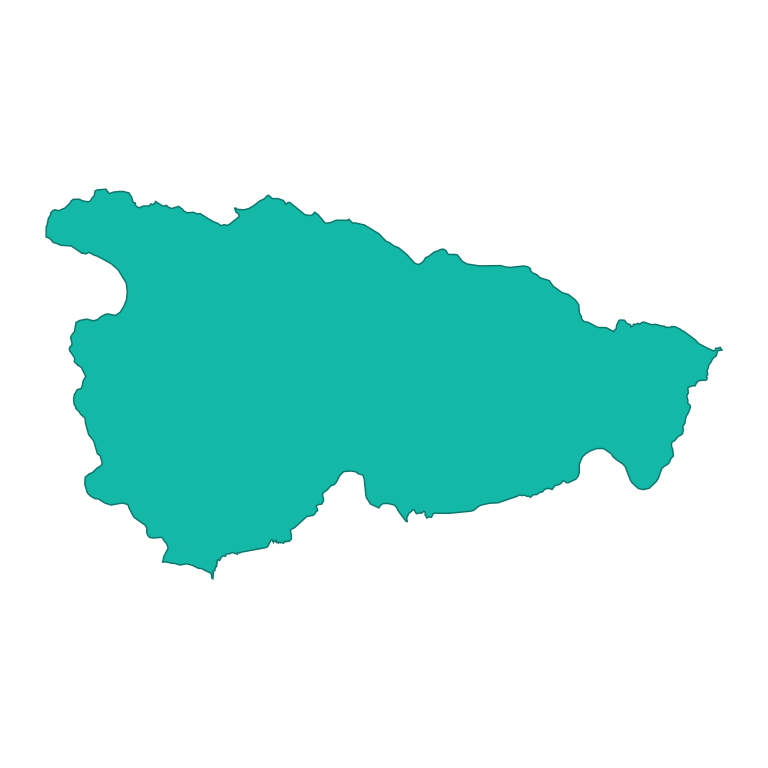 outline of Longcheng, Vientiane, Laos
{"feature_id": "54806243B40000805936315", "entity_name": "Longcheng", "entity_type": "district", "adm_level": 2, "iso_a3": "LAO", "parent_name": "Laos", "parent_adm1": "Vientiane", "projection": "orthographic", "projection_center": [102.87, 19.084], "detail": "fine", "context": "isolated", "style": "filled", "palette": "teal", "viewbox_px": 768, "rotation_deg": 0, "n_neighbors": 0, "source": "geoboundaries", "source_scale": "gbopen_adm2", "svg_char_len": 6055}
<svg xmlns="http://www.w3.org/2000/svg" viewBox="0 0 768 768"><path d="M720.2,347.3L717.3,348.4L715.6,348.3L715.2,350.2L714.5,350.9L712.9,350.6L706.8,347.9L698.5,343.5L695.6,340.2L686.5,333.3L683.2,331.0L681.8,330.6L680.5,329.3L675.2,326.8L671.9,326.5L668.8,327.6L666.8,327.1L665.7,327.5L664.1,326.0L662.1,326.1L655.5,324.3L651.4,324.7L644.0,322.1L642.0,322.4L639.7,324.3L638.0,323.3L636.3,324.3L633.4,324.3L632.9,326.1L630.8,326.8L630.7,325.1L629.4,324.2L627.1,323.7L624.4,320.2L620.1,320.0L618.9,320.5L616.6,325.4L616.2,328.9L614.6,330.0L613.8,331.6L606.3,327.7L597.7,327.4L587.9,322.2L584.8,321.9L582.2,319.8L581.2,317.7L581.6,316.8L579.8,313.8L579.2,311.1L578.8,304.9L575.5,300.1L568.4,294.5L562.2,292.7L553.1,286.2L549.4,280.7L541.0,278.1L539.0,276.9L536.7,274.6L533.1,273.2L530.5,270.9L530.7,269.7L529.6,267.8L526.8,266.5L523.4,266.0L510.8,267.4L506.2,267.1L500.6,265.6L479.1,265.9L467.0,264.0L462.3,261.3L457.3,254.9L455.7,254.5L448.9,254.5L447.8,253.8L446.0,250.6L443.4,249.1L440.4,249.5L438.4,250.7L434.3,252.0L428.2,256.7L425.6,257.6L424.0,260.5L421.6,262.9L419.3,264.3L416.9,264.2L414.3,262.9L407.0,254.7L398.8,247.9L393.9,245.9L389.3,242.6L386.0,241.2L379.2,234.0L364.5,225.0L355.4,222.9L352.9,223.1L349.7,220.3L349.3,219.3L346.9,220.3L336.3,220.2L330.3,222.7L325.3,223.2L318.0,214.6L314.7,212.2L312.8,214.5L310.7,215.5L305.0,214.8L289.7,202.3L287.8,202.7L286.3,204.2L285.6,204.1L285.1,202.6L283.1,200.4L277.9,198.6L272.4,198.6L268.6,195.3L266.6,196.2L264.7,198.6L259.5,201.1L254.1,205.4L249.2,208.4L244.1,209.8L237.5,209.4L235.6,208.0L234.6,208.3L236.2,212.4L238.2,213.6L239.0,214.8L239.0,216.8L228.7,224.9L226.3,225.3L224.2,224.6L221.0,225.7L217.8,223.4L213.4,221.7L208.5,218.9L200.2,213.6L196.8,213.8L193.5,212.3L187.0,212.8L183.3,210.6L182.7,209.3L178.6,206.4L171.7,208.5L168.5,207.3L166.3,205.3L164.1,206.2L162.9,206.1L155.5,201.5L154.6,203.4L153.1,204.5L150.6,204.0L149.5,205.9L143.5,206.0L139.1,207.8L136.5,206.6L135.6,205.2L135.2,203.0L133.0,202.2L131.6,197.1L128.9,192.9L123.2,191.5L118.9,191.5L113.5,192.1L110.1,193.4L109.0,193.3L105.9,189.2L97.4,189.9L95.1,190.9L94.1,196.0L91.9,198.2L90.3,200.9L88.6,201.9L82.5,200.8L79.3,199.2L73.4,199.3L71.3,200.8L69.8,203.3L65.0,208.0L58.8,210.7L54.7,209.8L52.7,210.7L50.8,212.8L50.6,214.9L48.4,218.3L47.1,225.2L46.2,226.8L46.1,237.0L48.8,237.9L50.8,239.5L53.2,242.5L57.2,243.6L60.5,245.2L71.3,246.0L82.2,253.4L83.3,253.2L85.5,253.9L89.0,252.4L94.2,255.2L97.4,256.1L111.4,263.8L118.3,270.0L126.3,283.2L127.3,291.7L126.5,299.7L124.0,306.1L120.3,312.1L115.5,315.5L107.8,313.9L105.5,314.3L100.4,317.0L97.7,319.6L93.4,320.8L86.6,319.1L79.5,320.5L76.0,322.5L74.5,331.5L72.0,334.6L70.6,337.7L72.0,343.2L71.7,345.3L69.8,347.1L69.3,349.1L69.8,350.8L74.8,358.2L74.3,361.6L77.8,365.2L81.4,367.4L85.7,376.4L83.1,381.0L82.1,386.4L81.1,388.5L77.2,389.7L74.3,394.8L73.6,399.0L74.1,404.4L75.2,405.8L76.0,408.8L79.0,411.5L80.6,414.2L85.0,418.1L85.6,423.4L88.6,434.5L93.7,441.0L97.4,453.7L100.2,455.7L102.1,462.7L101.9,464.5L100.5,466.2L97.5,467.7L92.6,472.5L89.3,473.9L85.1,477.3L84.8,484.2L87.3,492.7L89.5,495.2L92.2,497.1L95.0,498.6L98.3,498.9L104.8,503.0L110.9,505.0L122.5,503.0L127.8,504.5L129.3,508.6L133.8,517.1L145.3,525.3L146.7,527.8L146.9,533.5L148.7,536.8L150.7,537.7L154.1,538.0L161.2,537.3L162.8,538.3L164.3,541.2L166.2,543.1L167.8,546.6L167.9,548.6L163.9,556.5L162.6,562.0L166.5,562.0L172.1,563.3L174.7,563.4L180.0,565.0L186.6,563.8L192.1,565.2L198.6,568.4L201.3,568.5L210.1,572.9L211.3,573.7L211.8,578.0L212.8,578.8L213.5,573.0L212.6,571.1L214.8,570.7L215.3,567.5L216.6,566.5L216.2,565.7L216.8,565.2L216.6,563.9L217.3,562.8L216.9,560.6L218.2,559.4L219.0,560.5L219.8,560.3L221.3,557.2L223.4,555.7L224.9,556.3L225.7,556.0L226.1,553.9L229.9,553.8L231.9,552.4L237.4,554.2L237.7,552.6L239.6,553.0L241.5,552.1L265.2,547.7L267.5,546.9L271.1,539.9L271.9,539.5L273.4,542.3L273.7,541.0L275.0,541.5L276.1,540.4L276.3,542.0L277.2,542.1L277.1,542.5L277.9,542.3L278.3,543.1L279.1,542.2L280.8,542.9L281.5,542.3L283.4,543.2L284.6,541.9L284.6,541.1L286.2,541.8L287.4,541.3L289.1,541.4L291.4,538.9L291.4,535.9L290.4,530.4L292.3,528.6L294.2,528.0L306.8,516.5L313.2,515.3L314.6,514.2L316.1,511.6L317.6,510.7L317.4,508.5L316.5,507.6L316.2,505.7L319.8,504.2L321.6,504.2L323.4,501.2L323.5,498.0L322.4,496.1L323.0,492.9L327.1,490.0L331.0,485.6L332.6,485.4L334.9,484.0L336.8,481.4L339.6,475.7L343.3,471.9L344.5,471.5L350.7,471.0L354.3,471.5L356.2,472.0L358.1,473.7L362.8,475.0L364.3,479.0L365.8,494.7L366.6,498.0L370.6,504.1L378.9,507.9L380.7,505.2L383.2,503.5L388.0,503.5L394.2,504.9L396.6,507.5L398.5,511.2L405.6,520.8L406.9,521.7L407.3,521.3L406.6,518.2L409.0,513.1L411.6,511.3L412.8,509.4L414.8,510.8L415.9,513.1L417.0,513.8L418.7,512.9L420.1,513.2L420.5,512.5L421.8,513.2L423.7,511.3L424.3,511.4L425.4,512.6L425.1,514.9L427.0,518.0L428.5,517.0L431.5,517.2L433.2,513.7L434.5,513.2L449.5,513.3L471.1,511.1L473.6,510.4L479.0,506.0L481.7,504.9L489.8,503.2L498.1,502.8L517.6,496.1L519.2,494.9L522.2,495.6L524.2,495.0L527.0,496.3L528.9,496.2L530.6,497.3L532.9,494.9L537.0,494.5L538.8,492.9L542.8,491.6L544.7,489.3L547.1,488.5L549.4,488.5L552.1,489.5L555.1,485.5L558.8,484.7L561.1,483.3L563.2,480.6L566.9,482.8L568.3,482.7L575.8,479.2L577.9,476.6L579.2,473.3L579.3,464.2L582.2,457.1L585.4,454.0L589.6,451.2L596.4,448.6L602.9,448.5L604.4,449.1L611.6,454.0L612.8,456.5L616.4,459.7L622.6,463.8L625.2,466.6L630.3,480.0L632.0,482.7L637.4,487.7L638.7,488.6L643.4,489.6L649.3,488.2L656.1,481.7L658.3,478.4L661.6,468.9L663.9,466.5L667.6,464.4L669.4,462.3L671.1,458.2L673.4,456.1L672.7,449.4L671.5,446.3L671.6,442.4L674.7,440.6L678.3,436.3L681.1,435.0L682.5,433.7L683.4,429.7L682.6,426.7L685.1,422.8L685.1,420.4L686.3,416.2L688.4,412.8L690.5,407.0L689.9,405.0L687.7,403.2L687.9,400.5L686.7,395.9L688.3,393.0L687.8,388.1L689.3,386.6L690.9,386.6L692.8,385.6L695.0,385.9L696.9,382.2L698.9,380.7L703.6,380.2L705.5,380.4L706.8,379.4L707.2,378.0L706.3,376.2L707.7,374.6L707.0,370.4L708.0,368.7L709.1,364.3L710.8,362.5L712.8,358.6L716.3,355.6L717.7,350.7L721.9,350.1L720.2,347.3Z" fill="#14b8a6" stroke="#0f766e" stroke-width="1.5"/></svg>